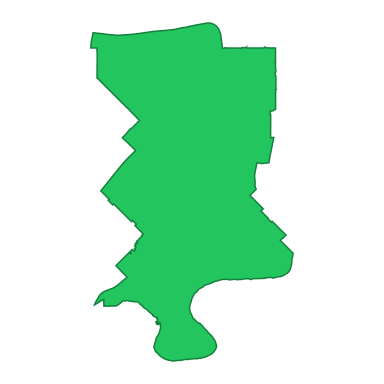 outline of Bayswater, Western Australia, Australia
{"feature_id": "25037944B12143686182506", "entity_name": "Bayswater", "entity_type": "district", "adm_level": 2, "iso_a3": "AUS", "parent_name": "Australia", "parent_adm1": "Western Australia", "projection": "orthographic", "projection_center": [115.908, -31.909], "detail": "fine", "context": "isolated", "style": "filled", "palette": "green", "viewbox_px": 384, "rotation_deg": 0, "n_neighbors": 0, "source": "geoboundaries", "source_scale": "gbopen_adm2", "svg_char_len": 6002}
<svg xmlns="http://www.w3.org/2000/svg" viewBox="0 0 384 384"><path d="M275.6,109.2L275.6,89.9L275.9,89.8L275.9,89.5L276.2,89.4L275.9,88.6L275.8,87.7L275.9,87.0L275.9,77.0L275.7,75.9L275.4,74.8L275.0,73.7L274.7,73.2L275.2,72.9L275.6,72.4L275.8,72.0L275.9,71.5L275.8,69.1L275.5,68.7L275.5,63.3L275.3,63.1L275.5,63.1L275.5,48.0L267.5,47.9L266.4,47.7L265.4,47.3L264.9,47.0L264.4,47.5L263.8,47.9L263.1,48.0L247.4,48.0L246.6,47.9L246.6,47.3L246.4,47.6L242.0,47.6L242.0,48.3L241.4,48.2L241.1,48.1L227.5,48.0L224.9,47.9L224.6,47.8L224.5,48.3L222.5,48.3L220.6,34.0L219.3,30.4L218.2,28.2L216.2,25.9L213.8,24.3L210.9,23.2L207.4,23.0L196.7,24.9L187.1,26.9L186.6,27.3L183.1,27.5L175.4,29.3L167.1,30.3L153.6,31.4L135.4,34.0L131.4,34.4L117.7,35.3L108.3,34.5L101.8,33.6L99.6,33.5L93.1,32.7L91.2,42.5L90.9,45.9L90.9,48.0L96.9,48.0L97.2,54.6L97.2,61.7L97.2,62.2L97.1,63.3L97.1,71.3L97.0,78.0L97.5,78.3L127.3,108.1L128.6,109.0L130.6,111.4L138.9,119.8L139.5,120.4L131.8,128.1L130.9,128.5L130.2,129.1L128.0,131.4L127.1,132.7L126.5,133.5L122.8,137.2L122.4,137.5L122.5,138.0L128.6,143.6L135.6,150.6L134.4,151.7L129.7,156.3L124.9,161.2L123.5,162.8L118.8,168.5L100.8,190.9L109.2,199.3L108.2,200.3L112.7,204.9L113.7,203.9L131.5,221.7L132.7,220.5L136.3,224.1L135.1,225.3L135.4,225.6L135.2,225.8L143.1,233.8L141.7,235.3L142.2,235.8L137.7,240.4L136.6,241.3L137.1,241.8L136.8,242.1L137.5,242.9L136.3,244.1L135.5,243.3L135.2,243.6L136.0,244.4L134.6,245.9L135.0,246.2L135.1,246.4L135.9,247.2L134.5,248.6L135.5,249.7L134.3,250.9L133.8,250.4L133.4,250.7L132.2,249.5L129.9,251.8L131.1,253.0L130.3,253.9L129.0,252.6L128.0,253.6L115.9,265.7L127.1,277.2L117.3,285.4L115.9,286.4L113.6,287.8L112.5,288.3L106.1,290.7L105.1,291.1L103.6,291.8L102.5,292.5L101.2,293.6L100.2,294.6L99.4,295.7L98.5,296.9L98.1,297.9L95.6,302.1L94.5,304.9L97.1,303.4L98.8,302.2L103.8,299.3L103.9,306.1L108.8,306.1L116.1,306.0L116.6,305.6L118.0,304.9L119.3,304.0L120.3,303.2L120.8,302.7L121.8,302.0L122.6,301.2L123.4,300.7L123.8,300.5L124.8,301.1L125.1,301.0L125.5,300.9L125.7,300.7L126.1,300.5L126.8,300.5L128.1,300.9L130.0,301.1L131.1,301.4L131.6,301.4L132.3,301.2L132.6,301.2L133.4,301.6L134.7,301.9L135.0,301.9L135.6,301.7L136.1,301.6L136.6,301.6L137.6,301.8L137.9,302.0L138.5,302.5L139.6,303.6L140.0,304.2L140.8,304.9L143.0,306.2L143.1,306.9L143.4,307.4L143.8,307.8L144.7,308.3L145.7,308.6L146.2,308.9L147.1,310.0L149.0,311.6L149.1,312.0L150.4,312.7L151.1,313.6L151.5,313.9L152.3,314.3L153.3,314.9L153.4,315.1L153.3,315.4L152.9,315.6L153.0,315.9L153.9,316.3L154.7,316.9L155.7,317.2L156.4,317.2L156.9,317.3L157.2,317.5L157.3,317.8L157.2,318.2L157.2,318.3L156.8,318.7L157.3,319.2L157.6,319.1L157.7,319.3L157.4,320.0L157.4,320.6L157.8,321.5L158.1,322.1L158.1,322.5L158.0,322.8L157.8,322.9L157.7,323.0L157.3,322.9L157.0,322.7L156.8,322.4L156.5,321.7L156.3,321.5L156.1,321.6L156.0,321.9L156.0,322.2L156.2,322.7L156.4,323.7L156.5,324.0L157.0,324.3L157.7,324.5L158.0,324.5L158.7,324.2L158.9,323.9L158.7,323.4L158.8,323.0L158.8,322.8L158.9,322.7L159.2,322.7L159.9,322.8L160.5,323.2L160.2,324.6L160.5,326.4L160.5,326.8L160.5,327.8L160.1,329.8L159.4,332.2L158.5,334.5L156.9,336.8L156.4,337.9L155.8,339.7L155.7,340.6L155.2,342.3L154.9,343.2L154.5,344.5L153.9,346.8L154.0,347.2L154.1,347.7L154.6,348.8L154.9,350.0L155.5,351.3L156.4,352.3L158.0,353.6L158.5,354.3L159.3,355.3L160.5,356.2L163.2,358.1L165.0,359.0L167.2,359.8L168.4,360.1L171.9,360.8L173.2,360.9L174.2,361.0L176.3,360.6L177.4,360.6L178.3,360.4L179.6,360.3L180.8,360.4L185.2,359.4L186.6,359.4L187.1,359.5L188.1,359.5L190.3,359.1L192.8,358.9L195.4,358.6L196.1,358.6L196.6,358.8L197.3,358.8L197.6,358.7L198.0,358.4L199.4,358.2L200.8,358.3L204.0,357.3L204.7,357.2L205.6,356.9L206.1,356.6L207.5,356.1L208.1,355.8L211.5,354.0L213.0,352.7L213.6,352.0L214.0,351.5L214.8,350.5L215.1,350.1L215.6,349.2L216.2,348.0L216.5,346.7L216.6,345.7L216.4,345.1L216.0,343.8L215.6,342.3L214.9,340.6L212.7,337.3L212.2,336.6L211.6,335.7L210.4,334.7L209.3,333.6L206.9,330.9L206.4,330.2L206.2,330.0L205.6,329.7L204.6,328.5L203.5,327.3L203.3,326.9L202.5,326.0L201.4,325.0L201.2,324.7L200.5,323.9L200.1,323.6L199.0,323.0L197.2,322.3L196.4,321.5L195.0,319.9L193.2,318.3L192.8,317.8L192.6,317.4L192.4,316.5L192.2,316.0L191.6,314.9L191.1,313.7L190.5,312.5L190.1,311.4L189.7,309.2L189.7,308.4L189.7,306.8L189.7,306.4L190.0,305.5L190.2,304.3L190.5,303.4L190.8,302.4L191.2,301.5L191.7,299.3L192.1,298.2L193.4,295.6L194.3,293.9L194.9,293.3L195.4,292.9L196.7,291.8L197.6,290.7L198.0,290.0L199.0,289.0L199.7,288.5L200.6,288.2L203.0,286.9L203.4,286.6L203.9,285.9L204.8,285.3L209.8,283.6L210.8,283.3L211.2,283.1L212.0,282.8L212.4,282.6L212.9,282.2L214.4,281.8L214.7,281.6L215.1,281.3L215.4,281.2L215.9,281.1L216.4,281.1L220.1,280.1L220.3,279.9L221.0,279.7L221.4,279.7L222.5,279.4L223.0,279.3L223.4,279.4L224.1,279.5L225.2,279.3L226.3,279.3L226.9,279.3L228.2,279.6L229.7,279.8L230.4,279.9L230.9,279.8L232.1,279.5L233.9,279.4L236.2,279.4L237.2,279.7L237.9,279.7L238.9,279.6L239.4,279.4L240.5,279.4L241.8,279.5L244.1,278.9L247.9,278.7L249.0,278.8L249.4,278.9L250.1,279.3L250.5,279.5L250.8,279.5L251.5,279.4L252.4,278.8L252.9,278.7L261.0,278.5L263.3,278.4L264.5,278.3L267.7,277.6L269.4,277.5L270.2,277.3L271.5,277.5L272.7,278.0L273.5,278.1L274.3,277.8L275.6,277.5L276.6,277.2L279.4,276.6L280.5,276.5L282.0,276.1L283.1,275.6L284.7,274.7L287.6,273.0L288.2,272.5L288.9,271.5L290.0,269.9L290.2,269.4L290.6,268.3L291.5,264.6L291.8,262.1L291.9,261.0L291.9,259.4L292.3,257.9L292.6,256.4L292.9,255.0L293.1,253.2L289.2,249.4L288.9,249.0L280.3,240.4L283.0,237.7L283.3,237.9L286.0,235.1L283.4,232.4L280.5,229.7L275.3,224.3L272.1,221.3L271.2,222.1L267.7,218.5L268.0,218.1L260.9,211.0L263.2,208.8L250.0,195.4L256.2,189.3L255.6,187.9L255.1,186.5L255.0,185.0L255.1,182.9L255.1,181.5L254.8,178.7L254.6,176.4L254.7,174.4L254.8,173.5L257.0,162.7L261.2,163.5L261.9,163.6L264.4,163.2L268.9,162.8L270.0,156.2L273.8,137.5L270.6,137.5L270.7,115.1L270.3,115.1L270.3,111.0L271.8,111.0L272.7,110.8L273.5,110.5L275.6,109.2Z" fill="#22c55e" stroke="#15803d" stroke-width="1.5"/></svg>